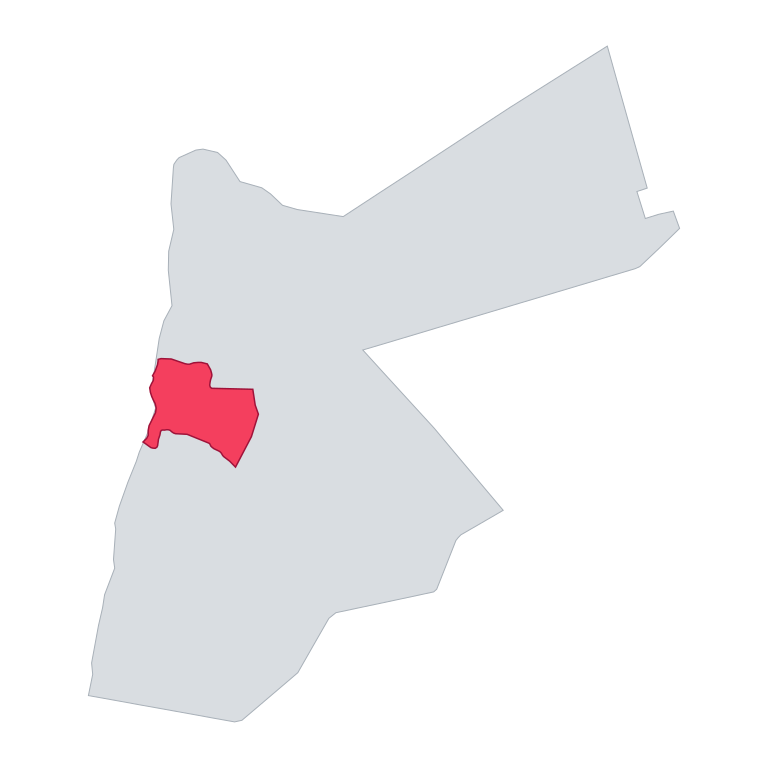 Karak highlighted on a map of Jordan
{"feature_id": "JOR-859", "entity_name": "Karak", "entity_type": "Province", "adm_level": 1, "iso_a3": "JOR", "parent_name": "Jordan", "parent_adm1": "", "projection": "robinson", "projection_center": [35.641, 31.103], "detail": "fine", "context": "in_parent", "style": "filled", "palette": "rose", "viewbox_px": 768, "rotation_deg": 0, "n_neighbors": 0, "source": "natural_earth", "source_scale": "10m", "svg_char_len": 2238}
<svg xmlns="http://www.w3.org/2000/svg" viewBox="0 0 768 768"><path d="M203.0,149.1L217.6,152.5L226.0,160.1L240.0,181.6L261.8,187.8L270.5,193.9L282.5,205.3L297.1,209.5L343.2,216.6L379.8,192.6L410.8,172.4L445.9,149.4L469.8,133.7L510.5,107.1L537.3,90.2L572.5,68.0L607.3,46.1L617.3,81.9L627.1,116.8L637.3,153.0L647.2,188.1L636.9,191.5L645.3,218.5L658.7,214.3L673.3,211.1L679.6,228.4L659.8,247.7L639.8,266.6L635.1,268.7L608.9,276.5L555.4,292.5L519.6,303.2L473.7,316.9L435.5,328.3L397.8,339.6L362.8,350.0L382.9,372.1L413.6,405.7L434.2,428.2L458.4,457.1L480.1,482.9L503.2,510.3L487.2,519.6L460.9,534.8L458.2,537.6L455.9,540.5L445.2,567.7L436.7,589.2L433.7,591.9L396.8,599.8L359.5,607.7L335.9,612.7L328.9,618.3L313.6,645.0L297.8,672.7L271.3,695.3L241.9,720.3L234.6,721.9L213.3,718.1L176.9,711.5L141.7,705.2L117.6,700.8L88.4,695.6L92.7,674.4L91.6,663.0L98.5,625.5L102.6,607.7L104.6,594.7L114.7,568.2L113.5,559.5L115.7,529.0L114.7,523.1L119.3,506.4L127.9,482.2L136.3,461.4L139.3,452.1L147.9,432.3L155.6,408.1L151.6,394.8L150.4,392.2L153.5,377.0L153.4,376.9L157.2,352.0L159.2,338.6L163.9,320.8L172.0,305.7L168.3,270.3L168.7,251.2L173.8,229.4L171.0,203.9L173.4,167.7L173.9,164.3L176.9,159.9L179.1,157.6L195.8,150.1L203.0,149.1Z" fill="#d9dde1" stroke="#a8b0b8" stroke-width="1"/><path d="M143.0,442.0L146.7,438.3L148.2,435.4L148.2,430.3L149.1,425.6L155.5,412.7L156.2,408.1L155.2,403.7L153.2,399.7L151.7,396.4L150.4,392.3L149.7,387.8L151.4,383.9L153.3,380.5L153.5,377.0L152.5,375.8L155.1,371.2L157.5,364.7L158.1,361.0L158.1,359.4L161.0,358.6L171.3,359.0L185.0,363.7L187.6,364.2L189.5,364.2L193.7,362.8L198.3,362.4L201.2,362.4L207.3,363.9L210.6,369.8L211.5,372.9L211.9,375.0L211.7,376.5L210.6,379.7L210.1,382.0L209.7,385.1L210.2,387.0L211.6,388.3L252.8,389.3L255.2,405.1L258.4,414.2L251.4,436.7L235.5,467.1L229.6,461.1L223.8,456.7L222.7,455.5L221.3,453.1L220.2,451.9L218.8,451.0L213.9,448.7L212.2,447.4L210.9,446.2L210.3,445.0L209.9,444.0L209.0,443.2L187.1,434.3L175.5,433.7L173.5,433.0L171.6,431.7L170.1,430.3L168.5,429.8L166.8,429.7L164.4,430.1L162.6,430.0L161.3,430.4L160.5,431.7L159.9,435.0L158.5,439.2L157.6,445.7L156.8,447.3L155.2,448.3L152.8,448.1L150.9,447.6L144.1,442.7L143.0,442.0Z" fill="#f43f5e" stroke="#9f1239" stroke-width="1.5"/></svg>